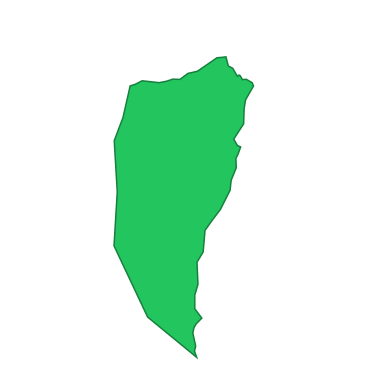 outline of San Mateo Cajonos, Oaxaca, Mexico, rotated 44°
{"feature_id": "50627088B20375223993214", "entity_name": "San Mateo Cajonos", "entity_type": "district", "adm_level": 2, "iso_a3": "MEX", "parent_name": "Mexico", "parent_adm1": "Oaxaca", "projection": "equal_earth", "projection_center": [-96.196, 17.154], "detail": "fine", "context": "isolated", "style": "filled", "palette": "green", "viewbox_px": 384, "rotation_deg": 44, "n_neighbors": 0, "source": "geoboundaries", "source_scale": "gbopen_adm2", "svg_char_len": 819}
<svg xmlns="http://www.w3.org/2000/svg" viewBox="0 0 384 384"><g transform="rotate(44 192 192)"><path d="M73.8,158.6L91.0,187.0L91.1,187.5L100.4,209.1L138.2,243.9L173.3,284.9L247.0,312.8L310.2,307.7L304.4,304.8L301.7,300.3L290.6,292.9L287.7,288.3L286.6,283.9L286.7,275.9L275.2,274.1L265.6,264.2L260.4,254.2L244.4,239.1L241.7,227.4L228.0,210.5L226.0,197.1L224.6,184.9L218.4,165.0L218.3,164.4L218.2,164.3L212.0,156.3L207.0,143.8L200.3,137.4L198.7,132.5L195.7,125.8L192.4,127.0L185.3,125.0L181.8,107.1L171.5,95.7L166.5,88.5L162.6,73.0L159.4,71.6L152.8,73.2L150.2,76.1L146.0,74.9L144.6,75.2L144.2,77.2L135.3,74.7L130.6,76.1L122.5,71.2L120.6,73.6L116.7,78.1L112.0,101.4L106.7,109.5L105.1,119.4L99.8,124.1L96.9,129.7L92.5,136.1L78.9,146.6L76.2,154.3L73.8,158.6Z" fill="#22c55e" stroke="#15803d" stroke-width="1.5"/></g></svg>